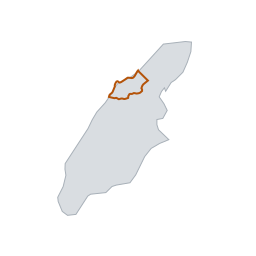 Saint Mary on a map of Jamaica (Albers equal-area conic projection), rotated 295°
{"feature_id": "JAM-1381", "entity_name": "Saint Mary", "entity_type": "Parish", "adm_level": 1, "iso_a3": "JAM", "parent_name": "Jamaica", "parent_adm1": "", "projection": "albers", "projection_center": [-76.93, 18.277], "detail": "fine", "context": "in_parent", "style": "outline", "palette": "amber", "viewbox_px": 256, "rotation_deg": 295, "n_neighbors": 0, "source": "natural_earth", "source_scale": "10m", "svg_char_len": 1626}
<svg xmlns="http://www.w3.org/2000/svg" viewBox="0 0 256 256"><g transform="rotate(295 128 128)"><path d="M129.3,93.0L141.3,96.7L153.6,98.7L159.0,98.8L164.0,100.0L175.3,108.9L184.4,113.8L219.0,124.6L230.6,143.4L232.7,149.2L223.8,152.7L212.6,154.0L201.8,154.2L191.9,150.6L187.5,147.9L177.2,146.6L179.8,144.0L175.2,142.9L169.4,143.1L165.2,150.3L160.5,156.1L151.4,155.5L147.9,150.6L143.2,152.8L139.3,156.4L134.7,169.9L127.4,163.2L119.3,157.6L109.2,155.2L88.8,154.8L79.2,152.9L71.3,141.5L68.2,138.2L60.1,135.2L52.2,122.1L49.3,120.3L27.7,117.3L23.3,110.1L24.6,103.7L31.9,95.8L35.5,93.6L47.5,94.0L58.9,91.7L64.0,88.3L69.2,86.1L110.6,92.0L120.2,92.1L129.3,93.0Z" fill="#d9dde1" stroke="#a8b0b8" stroke-width="1"/><path d="M148.1,97.6L149.9,97.3L151.1,97.6L153.1,98.6L154.3,98.8L160.1,98.5L161.2,97.9L162.8,97.7L164.1,97.8L165.3,98.0L166.0,98.9L165.7,100.0L165.7,101.4L166.8,102.4L170.3,104.6L173.4,106.4L173.9,107.4L174.8,110.2L175.4,111.1L176.3,111.6L178.1,112.1L183.2,112.5L184.3,112.8L184.0,113.1L179.4,126.0L174.0,123.4L172.3,123.1L171.8,123.2L170.5,123.2L169.9,123.4L169.5,123.5L169.4,123.8L169.3,124.0L169.0,124.3L168.8,124.5L167.5,125.1L165.2,124.1L164.1,123.1L163.0,121.5L162.8,121.1L162.6,120.2L162.4,119.3L162.1,118.5L161.6,118.1L160.9,117.5L160.5,117.1L159.9,115.6L159.6,115.3L159.3,115.0L157.4,114.8L157.1,114.8L156.8,114.9L155.3,115.4L153.4,113.4L152.8,112.6L152.7,112.3L152.5,111.7L152.4,110.8L152.1,109.9L151.7,109.2L150.4,107.8L150.2,107.4L150.2,107.1L150.4,104.8L150.2,104.4L150.0,104.0L149.5,103.5L149.3,103.1L149.1,102.4L149.0,101.9L148.2,98.1L148.1,97.6Z" fill="none" stroke="#b45309" stroke-width="2"/></g></svg>